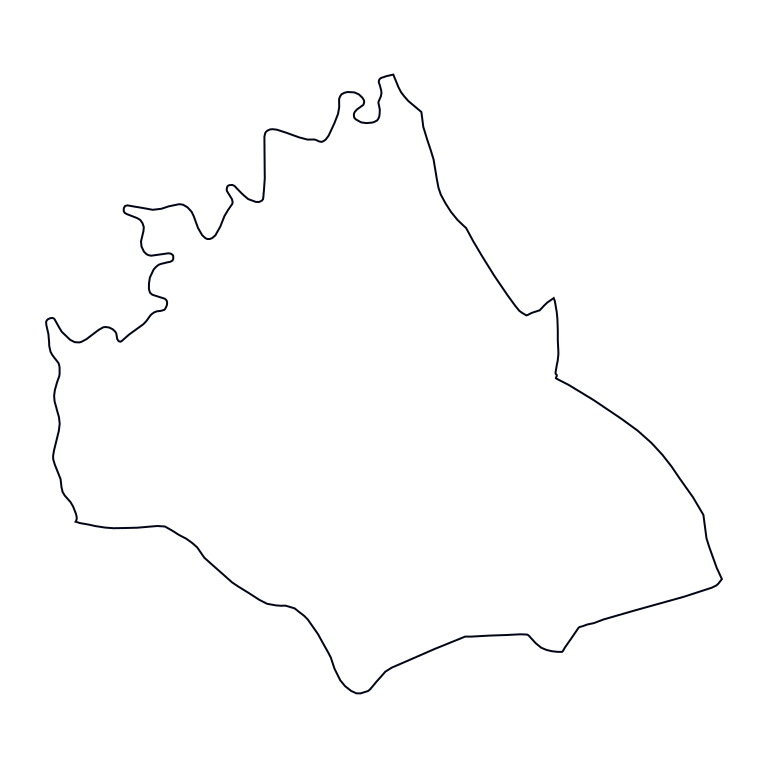 Bueng Bun, Si Sa Ket, Thailand (Robinson projection)
{"feature_id": "78962969B82208254096141", "entity_name": "Bueng Bun", "entity_type": "district", "adm_level": 2, "iso_a3": "THA", "parent_name": "Thailand", "parent_adm1": "Si Sa Ket", "projection": "robinson", "projection_center": [104.049, 15.308], "detail": "fine", "context": "isolated", "style": "outline", "palette": "ink", "viewbox_px": 768, "rotation_deg": 0, "n_neighbors": 0, "source": "geoboundaries", "source_scale": "gbopen_adm2", "svg_char_len": 5874}
<svg xmlns="http://www.w3.org/2000/svg" viewBox="0 0 768 768"><path d="M721.9,579.1L716.7,567.8L710.2,549.7L709.3,547.2L706.5,538.4L703.4,514.9L693.0,497.3L679.6,478.4L671.6,466.6L662.3,454.7L651.3,442.8L637.7,430.7L621.4,418.8L593.8,400.2L568.3,384.7L558.1,379.5L555.9,378.2L556.0,377.7L556.2,377.2L556.6,376.4L556.7,376.1L556.8,375.9L556.8,375.5L556.8,375.3L556.7,374.9L555.8,374.0L555.6,373.7L555.6,372.1L555.8,371.0L556.1,369.1L556.2,368.7L556.6,366.2L556.9,364.5L557.7,360.7L558.1,357.0L558.4,354.1L558.3,350.1L557.8,340.3L557.8,330.7L557.4,318.9L556.7,311.8L555.8,306.8L555.8,306.5L554.8,301.0L554.3,299.7L553.7,298.1L552.0,299.3L548.8,301.5L547.2,302.6L544.0,305.7L541.5,308.4L540.1,309.8L539.6,310.4L538.0,310.8L536.0,311.5L534.1,312.1L531.7,312.9L527.8,314.9L526.4,315.4L522.0,312.8L519.2,310.7L515.0,305.5L507.3,294.9L494.1,275.5L481.8,255.7L473.1,241.0L466.1,228.0L462.7,224.9L457.4,219.8L451.0,211.9L445.6,203.5L440.8,194.6L438.5,187.9L436.7,178.4L433.6,159.6L430.7,150.1L426.9,138.7L424.7,131.4L423.3,127.0L421.4,112.0L408.3,101.0L404.6,96.8L401.0,92.1L398.5,87.3L393.3,74.6L391.5,75.0L390.1,75.3L386.3,76.2L382.5,77.5L381.1,77.9L379.9,78.8L379.3,79.7L379.1,80.0L378.9,80.7L378.8,82.4L379.8,85.2L381.1,90.1L381.3,91.5L381.5,93.0L380.9,95.9L380.9,96.3L379.7,99.0L379.3,100.0L378.6,101.4L378.4,102.9L379.8,109.4L379.7,112.9L379.5,114.7L379.3,116.4L378.1,119.2L377.0,120.5L376.9,120.5L374.4,121.9L372.1,122.6L366.3,123.1L364.3,122.8L363.9,122.8L362.0,122.5L361.4,122.4L360.7,122.1L358.1,120.7L355.6,119.2L354.3,117.7L354.1,116.9L354.0,116.7L354.0,116.3L353.9,115.0L353.9,114.4L354.2,113.1L354.8,111.9L356.8,109.6L358.0,108.7L363.3,104.9L364.1,102.7L364.1,100.5L362.4,97.7L358.9,94.4L354.4,92.4L351.1,92.2L347.7,92.0L344.6,92.7L341.5,94.3L341.3,94.6L340.9,95.2L340.5,95.8L340.2,96.3L339.9,96.9L339.7,97.5L339.4,98.1L339.2,98.8L339.1,99.3L339.1,99.9L339.2,107.2L338.0,114.0L337.6,115.0L334.4,123.2L330.8,131.0L328.6,135.7L325.7,139.6L323.2,141.3L321.8,141.8L320.8,141.8L319.1,141.4L316.5,140.2L315.8,139.9L314.4,139.5L311.4,139.5L307.6,139.6L298.9,137.3L286.5,132.8L276.9,129.7L272.8,129.2L270.1,129.4L267.3,130.7L266.1,131.8L265.2,133.1L264.9,134.5L264.4,136.8L264.7,171.7L264.8,177.9L263.9,191.0L263.7,192.5L263.4,196.7L263.0,199.3L261.8,200.7L259.0,202.0L255.8,201.9L248.2,199.1L244.3,195.8L242.0,193.7L236.7,188.3L234.7,186.1L234.4,185.9L233.5,185.5L232.5,185.0L231.5,185.0L229.9,185.1L229.4,185.1L227.9,185.9L227.3,186.7L227.0,187.7L226.7,189.1L226.9,191.0L231.9,199.1L232.1,199.7L232.6,202.1L232.3,203.9L230.3,206.7L230.1,207.1L228.1,209.9L224.4,216.2L220.6,225.8L220.5,226.2L219.5,228.0L216.5,233.3L215.5,235.2L212.3,238.0L211.9,238.2L209.8,239.0L207.2,239.0L205.2,238.0L202.2,235.2L201.8,234.5L200.9,233.0L198.3,228.5L198.2,228.4L197.4,226.3L193.7,216.1L193.3,215.3L192.4,213.4L191.6,211.8L187.5,207.3L183.0,204.7L180.2,204.3L179.1,204.2L168.9,206.3L162.5,208.4L161.2,208.8L152.7,209.8L148.3,209.0L147.3,208.8L138.8,207.3L136.8,207.0L129.3,205.7L127.5,205.4L127.3,205.4L125.1,206.0L124.9,206.3L123.9,208.0L123.7,209.7L123.8,211.3L124.8,213.0L127.1,214.2L137.4,218.2L140.4,220.1L142.5,223.2L143.8,227.1L143.7,228.8L143.6,229.1L143.5,230.9L141.1,241.0L141.0,241.4L141.5,246.5L143.9,251.6L146.3,254.0L148.3,255.1L151.1,255.7L163.4,254.0L167.6,253.4L168.3,253.3L169.1,253.4L170.0,253.5L170.7,253.6L172.4,254.7L173.1,255.5L173.2,256.3L173.3,256.7L173.2,259.1L172.4,260.6L170.5,261.7L170.1,261.8L167.1,262.4L163.6,263.3L161.3,263.8L160.7,264.0L158.6,264.8L156.1,266.8L154.5,268.5L154.0,269.1L153.5,269.8L149.9,277.5L149.0,283.2L148.9,289.0L150.0,292.7L152.3,294.7L155.3,295.7L164.8,298.7L166.5,300.3L167.1,302.0L167.0,304.6L166.4,306.4L166.0,307.2L165.0,309.2L164.1,309.9L160.7,310.9L157.0,311.3L154.3,312.3L151.7,314.1L150.7,315.1L149.8,316.2L146.5,320.9L143.5,324.1L129.7,334.1L128.9,334.7L122.2,340.6L121.7,341.1L120.3,341.7L120.1,341.6L119.2,341.4L118.3,340.8L117.2,338.9L116.6,335.3L116.2,333.2L115.0,331.4L112.6,329.2L109.1,327.5L105.5,327.0L103.2,327.3L99.0,329.7L96.8,331.3L91.0,335.7L86.4,339.2L81.3,341.9L79.5,342.4L76.8,342.3L74.6,342.1L70.3,339.9L69.4,339.1L62.2,332.2L61.7,331.7L59.0,327.2L54.7,319.5L54.3,318.9L53.5,318.3L52.7,318.0L51.7,318.0L49.9,318.3L47.7,319.4L47.5,319.6L47.1,320.0L46.3,321.3L46.1,322.5L46.3,324.9L48.4,334.0L49.1,342.0L49.2,345.7L50.5,351.7L52.3,355.0L54.3,357.7L57.4,361.6L58.7,363.5L59.1,365.1L59.6,367.4L59.6,369.3L59.6,373.9L59.2,376.5L59.0,376.9L57.2,381.9L56.8,383.2L55.0,389.6L54.9,389.9L54.1,395.8L54.6,401.5L56.4,407.9L56.8,409.6L59.0,417.3L59.7,423.8L58.8,431.0L54.0,450.5L53.1,455.9L53.2,459.2L54.7,464.3L60.5,478.9L60.6,479.4L61.5,487.3L62.0,489.3L62.6,492.0L64.7,495.5L70.5,502.1L73.1,506.5L75.9,513.7L76.6,516.5L76.7,517.9L76.7,519.0L76.0,521.1L75.6,521.7L80.1,523.1L88.7,524.6L95.5,526.1L105.3,527.6L113.5,528.2L125.6,528.0L137.4,527.7L150.1,526.6L157.3,526.0L164.9,526.5L171.3,530.1L174.6,532.1L178.1,534.4L181.4,536.2L183.7,537.4L186.1,538.6L192.6,543.3L197.3,547.5L202.3,554.8L204.3,557.7L210.9,563.6L232.0,582.3L237.9,586.3L248.1,592.6L259.6,600.0L267.1,603.8L276.0,605.4L278.7,605.6L281.5,605.8L282.3,605.7L283.1,605.7L285.6,605.7L289.1,606.7L294.7,608.4L298.9,611.8L304.0,615.7L307.7,619.4L311.5,624.8L318.1,634.3L322.4,642.2L327.7,651.6L330.8,657.5L334.5,668.7L340.2,680.2L345.1,686.2L351.1,690.9L356.3,693.3L356.8,693.3L360.5,693.4L368.1,691.0L370.3,689.1L374.6,684.0L376.1,682.1L381.2,676.4L385.4,671.6L392.0,667.5L401.3,663.5L434.8,648.9L465.1,636.6L471.3,636.6L489.2,635.6L506.8,635.0L520.1,634.3L525.8,634.5L527.6,634.7L528.3,635.3L529.1,635.9L530.1,637.1L535.7,643.2L541.2,647.7L546.4,649.9L551.8,651.2L558.0,651.9L561.3,651.9L562.4,651.7L563.1,650.7L565.0,647.4L571.3,638.4L578.6,627.7L579.6,627.0L582.7,626.2L587.3,624.5L593.9,623.1L603.4,619.5L633.9,610.7L684.1,596.7L705.9,589.6L711.8,587.7L713.4,586.9L716.3,585.5L718.3,583.7L721.9,579.1Z" fill="none" stroke="#020617" stroke-width="2"/></svg>